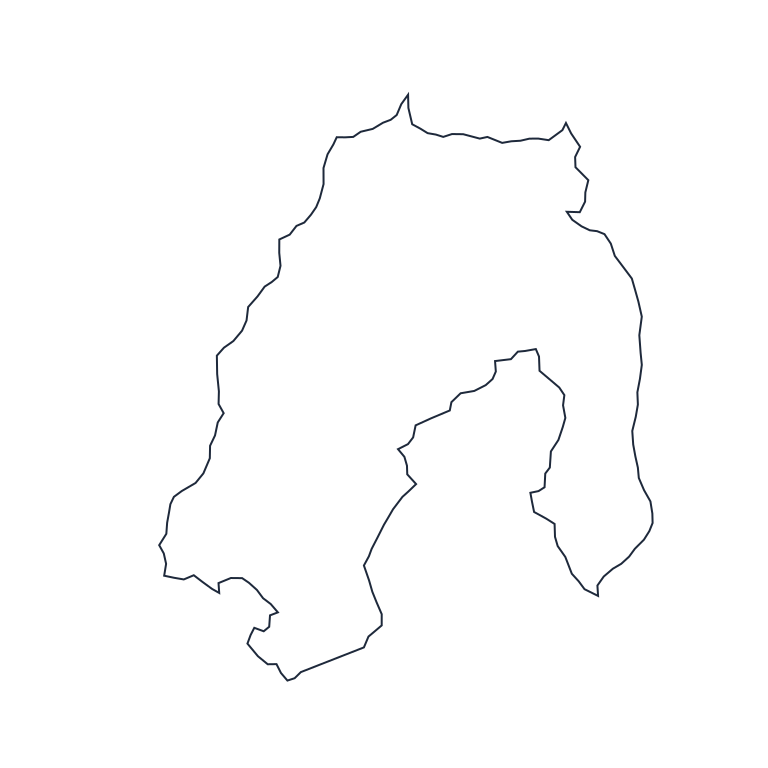 Américo de Campos, São Paulo, Brazil (Robinson projection), rotated 162°
{"feature_id": "56859067B63814258385512", "entity_name": "Américo de Campos", "entity_type": "district", "adm_level": 2, "iso_a3": "BRA", "parent_name": "Brazil", "parent_adm1": "São Paulo", "projection": "robinson", "projection_center": [-49.77, -20.289], "detail": "fine", "context": "isolated", "style": "outline", "palette": "slate", "viewbox_px": 768, "rotation_deg": 162, "n_neighbors": 0, "source": "geoboundaries", "source_scale": "gbopen_adm2", "svg_char_len": 2650}
<svg xmlns="http://www.w3.org/2000/svg" viewBox="0 0 768 768"><g transform="rotate(162 384 384)"><path d="M271.7,651.7L281.1,644.8L288.8,635.9L296.0,633.2L304.2,632.8L315.9,630.1L328.2,631.1L336.9,628.5L344.7,630.6L352.7,633.3L358.1,627.5L366.7,619.9L374.8,608.1L379.7,592.8L387.7,580.4L393.8,573.2L401.1,567.6L409.9,562.2L418.4,561.4L427.5,555.2L438.9,553.8L443.1,541.1L445.9,528.4L452.0,518.6L459.2,515.7L467.4,513.5L477.2,506.4L489.4,499.2L495.1,486.9L502.5,478.6L514.0,471.4L525.0,468.0L534.2,462.6L539.6,445.0L543.3,428.0L547.5,416.1L545.5,405.8L554.0,398.8L560.6,387.3L568.5,379.0L572.6,367.2L583.4,354.8L593.8,348.1L609.4,344.7L618.7,341.6L624.3,335.7L628.2,328.2L633.1,319.1L637.3,308.8L647.6,300.2L645.8,290.9L646.8,280.3L652.3,269.6L643.4,264.5L634.8,260.0L624.0,260.9L617.9,252.0L610.9,242.3L605.3,236.2L602.9,245.8L589.6,246.8L578.9,243.2L573.9,236.7L568.5,227.4L565.2,217.6L559.7,209.7L555.5,199.6L563.9,199.2L568.2,188.6L574.8,186.0L582.7,192.2L588.5,186.4L594.1,179.3L588.0,164.0L581.2,153.4L572.8,150.8L571.3,141.0L567.5,131.8L559.9,131.8L552.1,135.7L484.5,139.7L476.8,148.6L469.6,151.5L460.8,155.1L457.3,165.8L458.5,178.5L459.3,190.0L458.9,201.8L459.2,217.6L451.6,224.8L446.7,231.0L437.0,240.6L427.5,250.2L421.8,255.2L414.1,262.1L401.3,271.0L394.3,274.1L384.4,278.9L389.8,290.9L387.4,299.2L387.1,308.4L390.8,317.7L379.8,319.4L372.8,324.2L366.7,334.9L349.9,336.8L329.6,338.5L325.5,345.9L314.0,351.5L300.3,349.5L287.6,351.5L279.2,355.2L273.8,361.3L271.3,371.5L255.6,368.4L246.7,373.4L239.6,371.8L228.8,370.3L228.1,362.2L232.0,348.5L218.4,326.5L215.9,317.7L220.3,308.4L222.0,295.7L227.3,287.8L235.4,276.9L246.1,268.3L252.1,253.3L258.3,249.0L263.2,236.2L270.1,234.4L278.4,235.3L279.6,226.5L280.8,215.9L271.3,205.8L265.0,198.2L268.6,185.8L268.9,176.2L265.0,163.5L264.0,145.5L259.8,136.2L256.7,126.9L245.9,116.3L243.3,126.4L234.5,133.0L223.4,137.6L213.9,139.7L204.2,144.1L196.3,149.8L184.9,155.6L177.1,162.1L171.5,168.8L168.8,177.9L166.9,190.0L169.5,202.7L170.7,215.9L168.4,226.0L167.3,237.5L165.7,249.4L162.4,262.6L154.7,275.0L148.9,286.0L145.6,297.8L139.0,309.8L132.9,322.5L130.3,334.4L126.1,351.5L118.0,368.4L116.6,383.8L116.1,396.2L115.7,407.7L121.0,423.2L124.9,434.5L124.9,447.4L128.0,458.4L134.1,463.5L140.8,466.6L147.4,472.9L154.2,482.0L156.9,491.3L144.7,486.9L136.4,495.3L133.3,504.0L126.7,514.7L134.9,531.0L132.1,540.8L124.2,549.0L128.6,564.5L130.3,576.0L135.9,570.3L152.0,565.0L161.6,569.8L169.9,572.4L179.1,573.2L187.9,575.5L197.1,576.8L209.3,587.0L217.1,587.8L231.5,597.1L242.1,600.7L251.3,600.7L257.6,605.2L265.0,609.1L270.5,615.6L276.9,622.3L275.5,639.0L271.7,651.7Z" fill="none" stroke="#1e293b" stroke-width="2"/></g></svg>